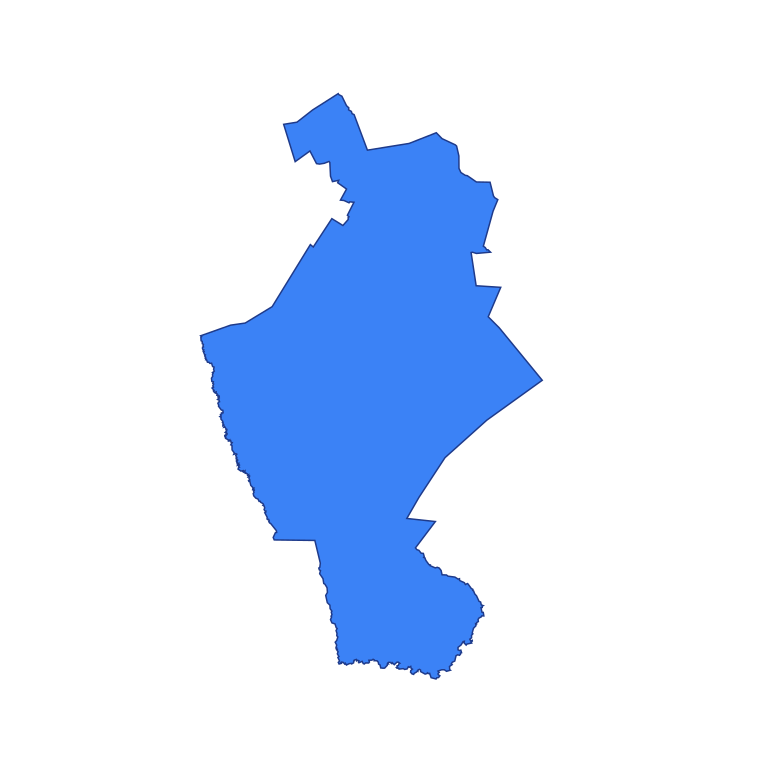 Chilanga, Lusaka, Zambia, rotated 232°
{"feature_id": "96606910B81629947645825", "entity_name": "Chilanga", "entity_type": "district", "adm_level": 2, "iso_a3": "ZMB", "parent_name": "Zambia", "parent_adm1": "Lusaka", "projection": "albers", "projection_center": [27.992, -15.452], "detail": "fine", "context": "isolated", "style": "filled", "palette": "blue", "viewbox_px": 768, "rotation_deg": 232, "n_neighbors": 0, "source": "geoboundaries", "source_scale": "gbopen_adm2", "svg_char_len": 6171}
<svg xmlns="http://www.w3.org/2000/svg" viewBox="0 0 768 768"><g transform="rotate(232 384 384)"><path d="M119.5,243.4L120.0,244.7L119.1,246.3L119.7,248.4L121.7,247.8L122.7,248.5L122.7,249.9L124.5,249.8L123.3,253.5L121.7,255.6L119.1,256.4L117.6,260.1L118.4,259.9L121.1,261.7L120.9,264.9L122.0,264.7L122.7,266.5L122.1,269.2L125.5,273.4L125.3,275.3L123.7,276.5L124.1,278.1L124.9,278.7L124.5,279.7L127.0,280.7L127.4,279.5L129.0,278.7L130.9,280.2L130.9,284.1L132.3,287.7L131.8,288.9L130.7,287.7L127.7,288.0L128.0,289.3L125.9,293.6L126.9,293.7L127.1,295.4L127.7,295.7L128.0,294.1L130.1,294.5L130.1,296.8L132.1,298.2L132.4,300.2L133.4,300.1L136.4,304.1L136.9,307.6L138.7,308.6L137.9,309.2L139.0,310.2L138.7,312.1L140.6,313.2L141.1,314.9L140.6,317.1L141.1,318.2L139.8,319.9L142.9,321.6L143.8,320.7L148.0,322.7L147.4,323.8L148.5,324.7L148.3,325.7L150.1,324.7L152.7,325.9L154.3,325.1L160.1,326.5L162.8,326.3L165.8,327.2L166.7,326.8L167.4,327.6L169.2,326.9L174.6,327.1L175.4,326.9L175.9,324.7L177.9,325.0L182.6,322.6L184.1,323.6L184.6,322.3L188.2,321.0L193.2,316.1L195.0,315.7L197.9,312.3L201.9,314.2L205.0,314.2L206.8,313.1L207.5,311.2L212.5,308.5L212.9,309.1L214.1,308.2L219.3,308.4L221.9,309.2L222.9,308.5L223.3,309.5L226.3,310.7L227.8,309.1L231.4,309.1L233.3,307.9L235.5,307.9L244.0,339.8L264.0,319.2L273.2,341.9L288.4,386.7L292.2,442.8L289.5,511.0L357.4,509.4L372.8,507.5L388.3,535.5L404.7,517.1L434.0,533.6L433.3,534.9L430.0,537.2L422.3,549.1L425.8,548.6L426.5,547.5L429.2,547.8L431.4,547.1L453.0,576.3L459.2,587.2L462.8,585.9L464.9,586.1L477.7,591.8L486.3,581.2L496.9,577.9L498.4,576.5L503.3,574.8L507.7,575.8L517.6,583.4L526.8,587.7L528.6,587.4L541.6,580.8L549.8,579.9L558.1,551.9L578.5,514.9L614.7,526.3L616.7,525.3L618.9,526.1L621.9,524.9L623.3,526.3L626.4,525.8L636.7,528.0L640.0,526.5L641.0,526.7L643.9,496.5L643.9,476.6L650.4,464.8L613.9,450.9L613.2,469.1L599.2,466.5L597.0,468.6L594.7,472.8L593.2,477.7L591.9,477.7L580.7,469.8L575.2,468.0L572.4,473.7L571.1,471.4L560.7,474.5L555.7,462.9L553.3,465.4L548.3,468.0L548.6,469.2L545.7,472.2L539.5,459.0L537.3,459.3L537.2,458.2L535.7,457.1L534.2,449.2L546.4,444.7L535.5,412.6L539.2,411.8L513.8,343.5L517.5,312.1L524.8,299.4L534.9,269.2L533.6,269.4L533.6,268.5L530.7,266.5L529.5,267.0L527.6,265.6L526.4,266.1L525.6,265.0L524.4,264.6L524.7,263.7L523.9,262.9L522.3,262.4L521.9,262.9L521.1,261.7L520.4,262.2L520.1,261.4L517.6,260.7L516.9,261.1L516.5,260.0L514.8,259.9L514.5,259.0L513.3,259.2L512.9,258.5L512.4,259.1L509.9,258.3L508.9,259.4L507.4,259.5L506.5,260.9L503.3,259.7L502.0,260.5L500.3,258.6L498.6,258.2L498.6,255.9L497.8,256.2L497.2,254.8L495.5,253.7L494.8,251.6L492.0,249.9L490.8,250.9L489.8,249.4L488.8,249.7L487.9,247.9L486.5,247.8L486.7,246.0L483.6,246.2L483.6,245.3L481.7,245.2L480.7,245.6L481.4,246.1L481.1,246.9L480.1,246.0L478.8,246.4L478.0,245.4L477.3,246.3L476.6,245.7L476.0,246.7L475.2,246.2L475.4,245.5L474.6,245.4L475.0,244.6L474.0,244.4L474.1,243.4L473.0,244.1L471.3,243.5L471.6,242.3L470.9,241.1L469.2,240.8L468.4,239.9L463.6,239.8L462.5,240.8L460.4,239.5L461.2,238.2L460.4,237.9L460.7,236.4L459.1,236.0L459.4,234.6L457.9,235.0L456.8,233.9L454.1,234.0L452.9,233.5L453.1,233.0L450.8,232.7L451.0,231.8L450.2,231.3L450.2,232.1L448.7,232.2L448.4,231.3L448.0,232.1L445.2,231.9L444.6,232.7L445.1,231.3L444.0,231.2L443.6,229.2L442.8,230.0L442.2,229.2L441.5,229.8L440.9,229.2L440.7,227.7L441.5,227.7L441.5,226.8L440.3,226.1L439.4,226.6L438.7,225.7L435.9,226.9L435.1,226.4L434.9,227.8L434.3,227.1L433.8,228.3L431.9,227.5L431.3,228.2L430.4,225.8L429.2,226.4L425.6,223.7L421.8,223.6L421.1,222.3L420.3,224.4L419.3,224.8L418.9,223.1L416.6,222.7L416.7,221.8L414.4,221.9L414.8,220.9L413.9,221.0L413.9,220.2L412.2,220.2L412.8,219.8L410.9,219.0L410.7,220.0L410.2,218.8L409.8,220.2L409.1,220.2L409.0,218.9L407.5,218.8L407.8,218.1L406.8,216.6L403.5,217.6L402.3,220.0L401.6,220.0L401.6,218.9L400.9,219.1L401.0,220.8L400.1,219.9L399.4,220.2L399.2,219.1L398.9,220.2L397.3,221.0L396.3,220.4L396.0,221.3L395.6,220.6L395.0,221.2L394.4,219.8L393.9,221.0L392.9,219.6L391.1,219.2L391.3,217.8L390.4,217.6L390.1,218.4L386.1,216.6L382.8,216.9L382.0,215.9L381.8,216.9L381.2,215.8L379.8,216.9L380.5,215.5L378.6,214.8L378.2,213.5L376.1,212.5L373.0,212.7L370.9,213.9L368.4,213.3L367.7,214.3L366.7,214.0L364.2,215.0L362.9,214.7L362.9,213.9L361.5,214.4L359.8,213.7L358.9,212.2L357.2,212.0L356.5,212.7L355.6,211.6L355.9,210.8L350.9,209.9L349.6,208.7L348.3,209.1L348.3,209.7L346.7,209.3L346.5,208.5L344.9,208.3L344.0,208.8L334.7,208.9L333.1,208.0L333.7,206.9L331.3,202.2L328.7,201.5L303.3,233.2L282.0,223.5L279.1,220.6L279.1,219.3L277.4,218.6L276.1,219.1L274.1,216.5L268.2,216.1L263.9,213.7L262.6,214.2L258.5,213.7L254.6,211.1L253.3,207.9L246.6,204.7L243.0,205.2L240.1,203.2L237.1,203.1L236.7,202.0L234.3,201.0L233.6,199.3L232.7,199.3L231.3,196.8L227.8,195.9L225.1,197.7L221.4,196.3L220.2,196.6L219.2,194.4L216.4,193.4L214.7,191.8L213.1,191.9L211.0,188.8L210.6,186.6L207.4,186.0L205.6,183.6L204.9,184.2L204.1,183.2L203.5,183.8L203.0,183.0L201.3,183.0L200.1,181.1L197.0,180.7L196.9,179.3L193.0,178.4L192.8,176.6L191.0,176.2L190.1,178.4L190.9,178.5L191.0,179.4L189.7,180.5L188.0,180.6L187.8,181.4L187.2,180.8L186.6,181.6L185.7,181.4L185.1,184.3L184.0,186.2L183.3,186.2L183.0,188.4L184.4,189.6L184.1,190.4L184.7,190.7L184.0,192.6L182.7,192.1L182.8,192.9L181.4,193.9L180.7,192.7L179.8,192.6L178.9,196.0L176.5,195.5L175.5,196.1L175.6,197.6L173.6,200.2L173.9,201.4L175.6,202.0L173.8,204.5L173.8,205.9L172.5,206.5L172.0,205.9L170.2,208.1L168.2,208.2L166.6,207.3L165.0,207.9L162.3,206.6L160.7,208.2L159.7,209.6L159.9,210.8L160.3,213.4L161.3,214.3L160.7,215.1L161.8,215.2L161.9,216.1L160.9,217.5L158.9,218.0L159.4,218.9L156.5,219.3L156.8,223.0L156.0,224.0L154.2,224.5L154.4,223.6L153.4,222.0L153.9,220.8L152.8,220.2L153.0,219.2L152.0,219.3L151.1,220.6L150.1,220.3L147.8,224.0L146.4,224.5L145.2,226.8L146.2,229.1L145.2,229.5L145.0,231.2L143.2,230.3L141.8,230.8L141.7,228.7L140.6,227.5L138.3,227.6L136.9,228.6L137.4,229.6L137.0,232.3L137.4,233.8L136.8,233.9L137.7,235.0L137.3,236.3L136.1,236.7L134.8,235.8L130.1,237.8L129.3,239.8L129.7,240.4L127.9,241.1L127.8,241.8L123.6,240.3L119.5,243.4Z" fill="#3b82f6" stroke="#1e3a8a" stroke-width="1.5"/></g></svg>